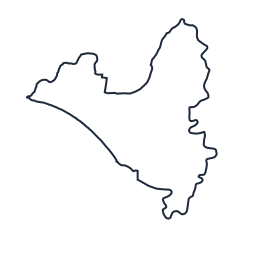 outline of Vung Tau, Bà Rịa - Vũng Tàu, Vietnam, rotated 79°
{"feature_id": "81297802B39135443664879", "entity_name": "Vung Tau", "entity_type": "district", "adm_level": 2, "iso_a3": "VNM", "parent_name": "Vietnam", "parent_adm1": "Bà Rịa - Vũng Tàu", "projection": "albers", "projection_center": [107.117, 10.402], "detail": "fine", "context": "isolated", "style": "outline", "palette": "slate", "viewbox_px": 256, "rotation_deg": 79, "n_neighbors": 0, "source": "geoboundaries", "source_scale": "gbopen_adm2", "svg_char_len": 5664}
<svg xmlns="http://www.w3.org/2000/svg" viewBox="0 0 256 256"><g transform="rotate(79 128 128)"><path d="M113.2,43.3L112.4,43.0L111.4,42.9L108.7,43.2L107.3,43.9L106.5,44.5L105.3,44.8L104.4,45.2L103.2,45.4L101.9,45.4L100.9,45.3L98.5,44.2L94.3,41.1L89.8,38.8L87.7,37.5L86.7,37.0L86.2,37.0L85.0,37.8L84.2,38.5L82.8,39.2L77.3,39.3L76.3,39.6L75.6,40.0L75.0,40.4L73.2,41.9L72.1,42.1L70.9,42.0L70.2,41.7L69.7,41.3L69.2,40.6L68.7,39.9L67.8,38.7L66.3,36.5L65.4,35.5L64.9,35.0L64.0,34.8L63.2,34.7L62.7,34.9L62.3,35.3L61.7,35.9L61.2,36.7L60.5,37.3L59.5,38.4L56.8,40.9L56.1,41.6L55.4,42.1L54.5,42.5L52.3,42.9L50.6,42.8L47.8,42.1L45.7,41.7L44.3,41.7L43.0,41.9L42.0,42.4L41.1,43.1L39.8,44.6L39.3,45.3L39.3,46.6L38.8,48.2L36.8,51.8L36.4,52.3L34.9,52.7L33.5,52.4L33.1,52.4L32.3,52.7L31.8,53.4L31.4,54.2L31.4,54.7L31.5,55.1L32.6,56.1L34.5,57.5L35.9,59.0L36.3,59.7L37.8,62.6L38.3,64.8L38.8,65.8L39.1,66.2L40.4,67.7L41.4,68.6L41.9,69.2L42.1,69.7L42.3,70.8L42.3,71.7L42.4,72.0L42.7,72.2L45.1,74.4L46.1,75.6L47.3,77.1L48.1,77.8L50.7,79.2L53.6,80.5L55.4,81.5L56.3,82.5L57.7,83.7L60.0,85.2L61.4,86.5L64.0,89.3L64.8,90.5L65.8,91.4L68.5,92.7L69.6,93.0L70.1,93.3L70.2,93.6L70.5,93.7L70.8,93.5L71.5,93.1L72.1,92.9L72.8,92.8L74.2,92.9L75.3,93.3L77.6,94.8L82.4,97.2L87.1,100.7L89.6,104.5L92.2,108.8L93.7,113.7L94.6,119.3L93.1,125.6L92.1,132.6L91.1,134.1L90.0,141.2L89.8,141.8L88.5,144.0L78.9,140.5L74.9,139.3L73.3,144.0L70.7,143.1L69.8,147.4L69.0,149.1L68.3,149.7L68.1,149.8L67.6,149.7L66.8,149.3L65.9,149.1L65.5,149.3L65.2,149.5L62.9,149.2L61.3,149.1L59.5,148.8L58.5,148.2L57.9,147.6L57.3,147.2L57.1,146.4L56.0,145.5L54.9,145.1L53.1,144.9L51.2,145.0L49.8,145.9L48.4,148.2L47.6,151.0L47.3,151.8L46.8,154.7L46.8,155.0L47.0,157.2L46.8,158.0L47.0,158.9L46.9,159.4L46.9,159.9L48.2,161.0L49.5,162.6L54.1,166.0L54.6,166.7L54.8,167.4L54.8,169.2L54.4,170.3L53.9,171.1L53.7,171.6L53.6,172.5L53.4,173.1L53.4,173.9L53.3,174.2L53.0,174.5L52.6,174.8L52.4,175.1L52.0,178.0L52.0,178.9L52.3,179.5L53.0,179.9L53.2,180.1L53.3,180.9L54.1,182.5L55.5,183.3L56.6,184.3L56.8,184.4L59.8,185.9L60.6,186.9L60.9,187.1L62.3,187.5L63.3,188.0L66.2,190.4L66.9,191.3L67.3,191.9L67.3,192.2L67.9,193.9L68.1,194.6L68.1,195.6L67.7,196.7L67.4,197.0L66.3,197.7L65.4,198.7L64.9,199.7L64.6,201.5L64.6,203.1L64.8,204.3L65.4,206.0L65.9,206.8L66.4,207.4L66.8,208.1L67.0,208.7L67.4,209.2L67.9,209.4L69.3,209.9L70.2,210.2L70.6,210.5L70.8,210.9L71.6,211.2L74.8,213.1L75.1,213.6L75.4,214.5L75.9,215.2L76.8,215.9L77.8,217.3L78.0,217.8L77.9,220.0L78.0,220.6L78.2,220.9L78.4,221.2L78.7,221.3L78.9,221.2L79.3,220.5L79.3,219.7L79.5,219.4L80.4,218.7L81.3,218.3L82.3,217.1L82.7,216.7L82.8,216.3L82.8,215.7L83.4,214.2L83.8,213.9L84.5,212.9L87.1,205.8L89.5,201.6L90.0,201.2L90.1,200.9L90.3,200.2L90.7,199.5L92.8,196.3L94.6,193.5L95.1,193.1L97.0,190.1L98.8,187.9L104.1,181.7L107.5,178.5L107.6,178.0L108.5,177.2L108.7,176.9L109.0,176.6L109.5,176.6L110.7,175.3L113.0,172.9L113.6,172.7L114.1,172.3L114.5,171.6L115.3,171.2L115.7,170.9L116.4,170.0L116.7,169.8L117.2,169.7L118.3,168.9L118.8,168.4L119.3,168.0L120.1,167.1L120.4,166.9L120.7,166.9L120.9,166.8L123.0,165.0L132.3,158.8L134.7,157.1L136.9,155.9L138.9,154.7L140.2,154.1L145.6,150.9L149.3,149.0L153.1,147.2L155.9,146.0L157.5,145.6L158.1,145.6L158.4,145.8L158.7,145.8L158.8,145.6L158.6,145.3L158.6,145.1L160.6,144.2L161.1,143.8L163.1,141.9L163.4,141.3L163.9,138.8L164.1,138.3L164.4,137.8L165.0,136.8L165.8,135.7L167.2,134.1L168.3,133.1L170.7,131.5L171.2,131.2L171.4,130.9L171.5,130.6L171.5,130.2L171.1,128.9L171.2,128.5L171.3,128.1L171.9,126.7L180.6,128.4L181.0,127.8L188.8,118.7L192.1,113.1L192.8,112.0L193.7,109.3L195.0,104.9L196.3,99.6L196.8,98.7L197.8,97.6L198.5,97.4L199.2,97.4L200.2,97.7L201.0,98.5L202.0,99.9L202.7,101.7L203.1,103.5L203.6,106.0L203.9,106.7L204.5,107.2L205.1,107.4L206.2,107.3L208.3,107.0L210.3,105.9L212.2,105.5L212.8,105.5L213.2,105.8L213.6,106.5L214.2,108.2L214.7,109.3L215.4,109.5L216.2,109.6L217.8,109.6L219.3,109.4L220.5,109.0L221.8,108.5L222.9,108.1L224.1,106.9L224.6,105.8L224.6,105.1L224.5,104.2L224.2,103.7L224.0,103.4L222.2,102.4L221.3,101.6L220.0,100.8L219.5,100.3L219.1,99.5L218.7,98.4L218.8,96.3L219.2,95.2L219.9,94.4L221.5,93.1L222.7,91.9L223.1,90.9L223.1,90.1L223.0,89.2L222.7,88.1L221.7,86.8L220.5,86.0L219.0,85.3L214.5,83.8L209.9,82.2L209.0,81.7L208.3,81.0L207.5,79.0L207.4,78.2L206.8,77.3L206.3,76.9L205.8,76.6L204.8,76.4L203.6,75.7L202.2,74.7L200.1,73.5L199.1,73.1L197.0,72.4L196.5,72.1L196.0,71.6L195.7,70.6L195.8,69.4L195.7,68.6L195.3,67.1L195.1,66.3L194.6,65.6L194.1,65.1L193.5,64.8L192.8,64.7L192.1,64.9L191.4,65.4L189.9,67.4L189.3,67.9L188.8,67.8L188.2,67.3L187.9,66.2L188.3,62.8L188.2,62.2L187.7,61.5L186.9,60.8L186.0,60.3L184.4,59.7L182.6,58.8L178.7,57.5L177.3,57.4L175.1,57.4L174.5,57.2L174.1,56.9L173.7,56.5L173.5,55.6L173.4,50.0L173.2,49.2L172.9,48.4L172.5,47.8L171.9,47.0L171.0,46.2L170.2,45.9L168.0,45.9L166.9,45.8L166.4,46.0L165.9,46.2L165.4,46.7L165.0,47.2L164.6,47.9L164.0,49.7L163.4,51.6L162.6,53.9L161.8,55.2L160.8,56.1L159.9,56.7L159.4,56.8L158.8,56.8L154.6,55.7L152.5,54.9L150.4,53.9L146.6,53.8L146.4,54.0L146.3,54.3L146.4,55.5L146.7,57.0L146.7,58.2L146.7,61.2L146.0,64.0L145.4,65.9L144.8,67.4L144.2,67.9L143.1,68.5L142.2,68.6L141.1,68.1L140.7,67.7L140.1,67.2L139.6,66.5L139.2,65.8L138.6,62.6L138.3,61.8L137.8,60.8L136.8,59.3L135.7,58.5L134.7,58.6L134.0,58.8L133.4,59.3L133.2,59.9L133.2,61.1L133.4,62.8L133.4,63.7L133.2,64.8L132.9,65.3L132.3,65.8L131.6,66.0L129.7,65.8L128.1,65.6L127.3,65.2L124.5,64.6L119.8,63.9L119.6,63.7L119.5,62.4L119.8,60.7L119.9,59.6L119.8,58.6L118.6,55.9L118.1,55.1L116.9,53.9L115.6,52.2L115.0,50.6L114.8,48.1L114.2,46.2L114.1,45.2L113.7,44.0L113.2,43.3Z" fill="none" stroke="#1e293b" stroke-width="2"/></g></svg>